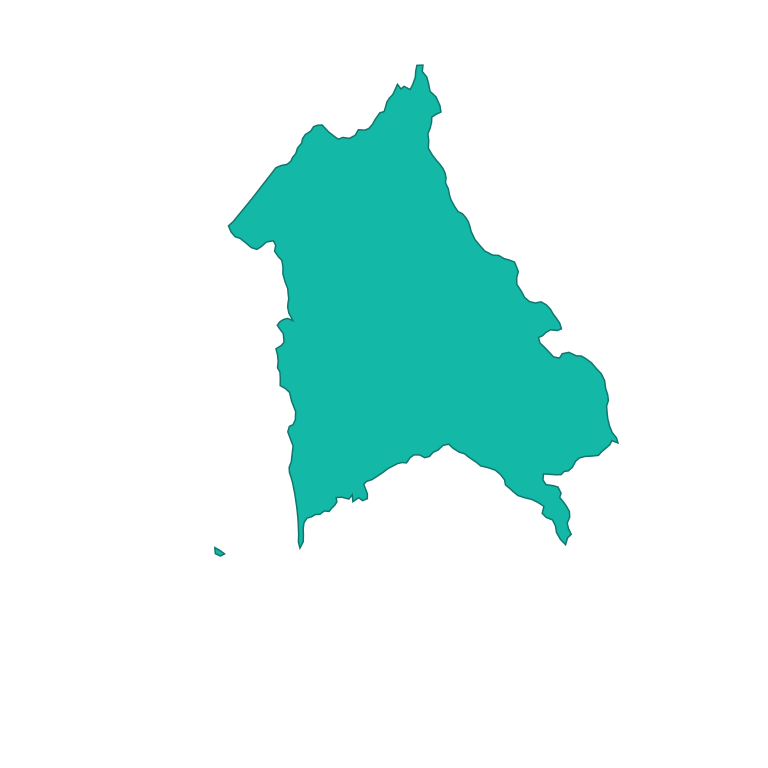 outline of Paulo Lopes, Santa Catarina, Brazil, rotated 139°
{"feature_id": "56859067B3611473740931", "entity_name": "Paulo Lopes", "entity_type": "district", "adm_level": 2, "iso_a3": "BRA", "parent_name": "Brazil", "parent_adm1": "Santa Catarina", "projection": "natural_earth1", "projection_center": [-48.752, -27.948], "detail": "fine", "context": "isolated", "style": "filled", "palette": "teal", "viewbox_px": 768, "rotation_deg": 139, "n_neighbors": 0, "source": "geoboundaries", "source_scale": "gbopen_adm2", "svg_char_len": 3784}
<svg xmlns="http://www.w3.org/2000/svg" viewBox="0 0 768 768"><g transform="rotate(139 384 384)"><path d="M510.3,383.3L513.3,379.4L515.6,374.0L517.9,369.2L520.9,364.0L523.4,359.6L527.1,353.8L530.9,347.9L533.9,343.6L536.6,339.8L539.4,336.1L542.4,332.3L547.0,326.6L552.4,320.7L555.1,315.3L548.5,317.9L543.8,323.0L539.6,328.2L535.3,331.8L530.1,333.3L525.8,331.3L521.4,330.5L517.9,327.7L512.4,327.4L509.0,323.8L505.0,324.6L500.8,324.8L497.0,325.9L494.5,329.7L490.0,326.1L486.0,320.2L480.6,321.3L484.7,315.6L477.7,314.8L476.7,310.0L471.8,308.4L468.6,312.0L466.7,317.1L465.2,321.5L461.2,322.0L455.7,319.7L450.3,318.9L446.1,318.4L442.2,317.9L436.6,317.6L430.4,316.1L425.6,314.9L421.8,312.8L418.8,309.7L412.7,311.3L407.8,310.8L403.5,306.9L401.6,301.7L397.3,299.5L391.9,300.2L386.6,298.7L379.6,298.9L374.6,296.1L374.1,290.5L372.0,283.3L368.9,278.4L368.2,273.9L366.9,268.8L365.6,264.1L364.8,258.8L360.5,252.8L356.5,245.9L355.5,239.3L355.9,232.6L358.5,228.2L357.6,222.5L357.1,217.7L356.1,212.0L352.4,205.8L348.3,200.1L345.5,193.6L343.6,186.7L349.5,182.6L349.1,176.9L346.0,170.8L347.7,164.4L351.2,158.8L352.8,150.8L352.4,143.6L346.4,147.5L341.3,147.7L339.6,153.9L337.0,158.8L331.1,161.8L327.7,166.2L326.4,172.6L325.9,178.2L325.9,183.1L322.0,185.4L320.3,192.1L323.2,196.5L327.8,201.8L326.9,207.4L322.6,211.5L318.3,207.2L314.0,202.9L309.9,199.5L305.3,199.8L301.9,197.5L296.5,197.5L290.0,200.0L285.2,200.0L279.9,197.5L274.9,193.6L269.1,189.5L263.9,190.1L258.8,190.0L253.4,190.0L249.2,191.8L246.1,186.0L243.9,190.8L243.6,197.8L241.2,204.6L237.9,211.0L234.7,215.6L230.5,221.3L225.4,224.4L222.2,229.2L219.7,235.1L215.2,242.0L213.3,249.2L213.6,255.4L213.5,263.8L215.2,271.3L216.7,275.6L220.4,279.1L223.7,286.6L229.6,289.9L234.5,288.4L238.3,293.3L238.5,300.7L238.8,307.1L239.4,312.6L236.9,317.7L232.6,316.4L228.1,316.7L222.7,315.6L218.2,310.7L213.9,309.2L211.5,314.6L210.8,320.0L210.4,325.9L209.3,331.5L209.6,337.4L211.6,343.0L216.7,345.9L220.1,350.7L221.1,357.1L219.5,363.8L218.4,372.0L214.2,377.1L208.9,380.7L207.0,385.9L205.5,390.4L208.4,395.8L211.2,400.0L213.1,405.8L217.4,409.9L220.7,418.2L220.8,424.8L220.6,433.4L218.2,441.9L215.9,446.3L214.0,450.9L213.1,455.8L213.1,461.2L215.0,465.6L214.2,471.9L212.7,478.7L210.8,483.3L207.4,489.1L205.6,495.5L201.8,499.0L199.4,503.4L198.1,508.1L197.7,513.2L197.7,518.3L197.3,525.3L195.8,532.9L190.5,538.4L186.8,544.0L181.0,547.0L176.1,550.6L173.0,554.0L168.3,553.5L162.6,551.9L159.2,557.3L156.4,566.5L157.2,574.7L153.1,581.8L150.3,587.7L150.1,594.7L145.4,599.1L150.1,602.9L154.8,599.3L159.2,594.9L166.0,591.1L171.1,589.1L173.6,595.5L177.6,595.5L177.2,601.4L183.1,598.6L187.5,596.7L192.4,596.2L196.9,594.9L201.0,592.1L205.2,589.5L209.1,591.4L213.2,590.4L217.0,589.5L222.5,587.5L228.0,586.8L232.1,588.3L236.5,592.7L242.6,590.6L249.0,592.1L253.4,597.2L257.8,598.6L259.0,603.2L260.4,610.3L260.8,620.1L264.4,622.9L268.3,624.4L273.5,622.9L279.7,623.9L284.5,622.6L288.2,619.8L294.5,618.8L299.5,615.7L304.4,615.0L308.2,613.2L313.1,613.4L318.6,616.5L323.7,618.1L361.6,610.6L383.6,606.8L391.3,605.5L397.6,605.4L399.7,599.1L399.7,592.7L397.0,588.3L395.9,582.1L394.6,573.9L391.6,569.0L386.3,568.2L379.6,568.3L373.6,564.7L374.7,559.7L379.4,556.1L380.2,549.4L380.0,544.3L383.6,538.4L388.1,533.4L391.9,525.3L393.9,519.4L396.6,515.7L400.0,510.8L403.3,508.1L406.3,505.2L409.4,499.6L411.2,491.6L413.7,496.7L417.5,498.6L421.9,499.3L426.0,498.3L426.6,493.4L426.9,488.2L432.1,481.0L436.4,480.5L442.5,481.4L445.1,476.0L449.1,470.4L453.7,466.1L454.8,461.2L458.4,456.5L463.4,450.9L461.4,445.2L460.8,439.6L464.9,431.9L468.8,421.1L474.5,415.1L479.4,413.0L483.2,414.1L488.0,411.0L491.0,403.0L493.3,396.8L497.2,393.3L500.6,390.2L505.0,386.1L510.3,383.3ZM622.6,366.6L620.3,361.5L615.8,360.4L617.1,366.3L619.0,371.5L622.6,366.6Z" fill="#14b8a6" stroke="#0f766e" stroke-width="1.5"/></g></svg>